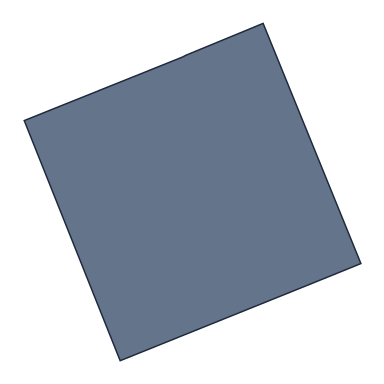 Castro, Texas, United States of America, rotated 338°
{"feature_id": "52423323B59330108654898", "entity_name": "Castro", "entity_type": "district", "adm_level": 2, "iso_a3": "USA", "parent_name": "United States of America", "parent_adm1": "Texas", "projection": "albers", "projection_center": [-102.185, 34.531], "detail": "fine", "context": "isolated", "style": "filled", "palette": "slate", "viewbox_px": 384, "rotation_deg": 338, "n_neighbors": 0, "source": "geoboundaries", "source_scale": "gbopen_adm2", "svg_char_len": 261}
<svg xmlns="http://www.w3.org/2000/svg" viewBox="0 0 384 384"><g transform="rotate(338 192 192)"><path d="M321.8,321.6L321.1,62.3L237.7,62.9L234.0,63.3L63.2,62.9L62.2,321.5L276.4,321.7L321.8,321.6Z" fill="#64748b" stroke="#1e293b" stroke-width="1.5"/></g></svg>